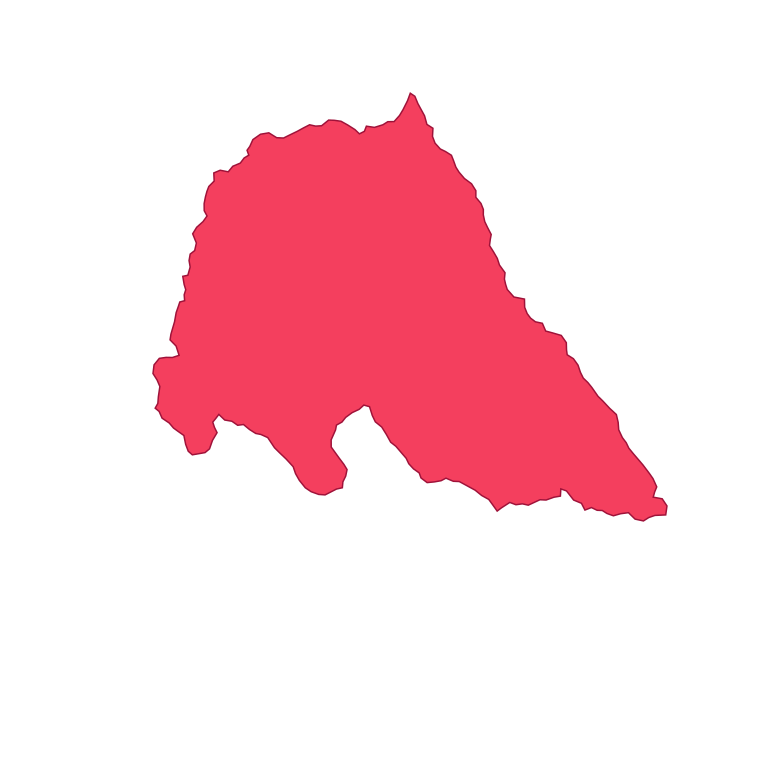 outline of Araucária, Paraná, Brazil, rotated 323°
{"feature_id": "56859067B5801785270412", "entity_name": "Araucária", "entity_type": "district", "adm_level": 2, "iso_a3": "BRA", "parent_name": "Brazil", "parent_adm1": "Paraná", "projection": "albers", "projection_center": [-49.447, -25.635], "detail": "fine", "context": "isolated", "style": "filled", "palette": "rose", "viewbox_px": 768, "rotation_deg": 323, "n_neighbors": 0, "source": "geoboundaries", "source_scale": "gbopen_adm2", "svg_char_len": 3195}
<svg xmlns="http://www.w3.org/2000/svg" viewBox="0 0 768 768"><g transform="rotate(323 384 384)"><path d="M525.1,167.5L520.4,170.4L514.9,169.4L513.9,163.3L510.9,155.3L507.8,148.3L503.1,143.6L498.6,139.9L489.6,140.2L484.6,136.9L480.6,132.2L473.7,131.0L466.8,130.0L458.2,128.3L451.8,127.1L446.5,122.7L443.2,114.1L435.7,110.2L426.4,109.9L419.8,113.5L415.3,114.9L413.7,119.9L408.4,119.3L402.2,121.1L394.3,119.1L387.3,120.8L381.8,114.7L375.1,113.0L370.5,119.7L363.0,120.8L358.5,123.6L354.0,127.1L348.9,131.7L344.7,137.4L343.8,143.3L337.2,145.4L328.7,146.1L321.6,148.9L319.0,158.5L313.1,163.5L307.4,163.6L302.6,168.1L299.6,173.9L292.8,179.1L288.1,176.9L284.3,184.2L282.4,189.4L278.1,192.5L274.9,197.5L270.3,195.6L266.4,198.3L261.0,201.9L254.1,208.3L247.8,213.0L243.8,216.0L239.7,220.0L240.8,228.6L237.6,237.8L231.0,235.5L226.0,231.6L220.0,228.3L211.9,230.3L205.8,236.6L205.2,244.2L203.5,251.1L196.2,258.3L191.7,263.4L186.7,265.6L187.9,270.6L186.2,277.7L189.0,285.9L189.4,292.5L191.0,297.8L193.2,304.7L189.3,312.8L187.2,319.9L188.3,325.2L195.3,328.8L199.8,331.1L205.6,330.8L213.1,325.8L221.4,322.4L222.5,316.6L224.3,311.4L228.8,310.3L233.8,308.9L235.1,316.9L240.1,322.2L242.3,328.9L247.4,331.8L249.2,339.4L251.8,346.3L255.3,350.2L258.9,356.8L258.5,363.8L258.2,369.0L259.2,376.0L260.7,385.1L261.7,395.4L259.4,402.4L258.4,410.1L258.7,419.5L261.0,426.2L265.4,432.9L270.2,437.1L275.8,438.1L282.8,439.3L288.3,441.8L292.3,437.4L298.0,434.5L303.0,430.1L303.6,424.0L303.6,416.2L303.9,402.6L308.2,396.8L317.7,391.5L321.3,388.2L327.5,389.1L333.3,387.6L341.3,387.7L349.0,389.3L355.2,388.7L358.8,393.4L355.7,402.1L354.3,409.0L356.3,417.0L355.5,426.0L354.3,434.5L356.0,440.9L356.5,449.0L357.0,456.7L355.8,462.6L356.5,469.6L358.6,476.2L357.0,481.3L359.1,488.7L365.3,492.5L371.4,495.6L376.8,496.5L380.8,503.4L385.4,507.2L388.6,514.2L392.9,523.7L394.9,531.8L398.2,539.2L398.1,545.9L397.9,553.6L403.4,553.6L413.2,554.3L416.7,559.8L422.4,563.0L426.3,567.6L438.9,570.3L443.6,574.2L451.6,576.7L457.4,579.7L462.1,574.2L465.4,579.2L465.6,590.8L469.9,598.1L468.6,605.6L475.3,607.5L478.2,613.1L482.2,616.4L484.1,621.5L487.9,627.3L494.9,630.0L501.8,633.9L503.2,643.0L508.8,649.5L515.1,650.0L521.3,652.0L530.2,658.1L536.6,651.7L537.1,643.1L530.9,636.4L535.2,633.1L539.9,630.3L541.9,621.4L542.1,615.1L542.1,604.5L541.6,596.4L541.2,590.1L540.9,582.6L542.1,576.7L542.1,570.3L543.9,561.8L547.9,555.6L551.2,548.2L549.6,539.3L548.5,529.0L547.5,522.6L547.9,512.0L547.7,505.6L546.7,499.2L547.9,492.9L550.3,485.7L550.5,477.8L547.9,470.9L550.3,466.6L554.5,460.7L554.8,451.9L549.5,444.8L545.0,439.0L547.0,430.8L542.3,425.4L540.7,419.6L540.7,414.0L542.5,407.4L547.3,400.7L540.1,392.7L539.3,382.7L541.1,377.6L543.3,372.7L547.6,368.0L547.8,358.5L550.1,351.8L551.0,344.3L551.6,336.9L555.8,332.6L559.6,329.1L560.9,321.3L562.2,314.9L565.1,308.7L568.4,304.4L570.1,298.2L569.7,290.2L573.7,284.9L574.4,276.8L571.9,268.3L571.4,260.0L571.9,254.1L574.1,247.0L575.5,241.9L573.0,235.3L570.4,230.2L569.7,222.4L571.7,215.5L577.0,209.2L574.5,202.5L577.8,194.2L579.8,180.5L581.8,172.8L580.0,167.6L573.3,171.9L564.2,176.4L558.0,178.9L550.0,180.5L544.9,176.8L539.1,176.3L530.8,173.3L525.1,167.5Z" fill="#f43f5e" stroke="#9f1239" stroke-width="1.5"/></g></svg>